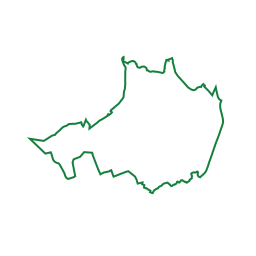 outline of Orizaba, Veracruz, Mexico, rotated 344°
{"feature_id": "50627088B96459936323530", "entity_name": "Orizaba", "entity_type": "district", "adm_level": 2, "iso_a3": "MEX", "parent_name": "Mexico", "parent_adm1": "Veracruz", "projection": "natural_earth1", "projection_center": [-97.104, 18.859], "detail": "fine", "context": "isolated", "style": "outline", "palette": "green", "viewbox_px": 256, "rotation_deg": 344, "n_neighbors": 0, "source": "geoboundaries", "source_scale": "gbopen_adm2", "svg_char_len": 5763}
<svg xmlns="http://www.w3.org/2000/svg" viewBox="0 0 256 256"><g transform="rotate(344 128 128)"><path d="M143.3,58.6L142.7,58.7L142.4,58.9L142.1,59.1L141.7,59.5L141.3,60.3L141.2,60.8L141.2,61.6L141.4,64.8L141.6,66.7L142.0,67.6L142.3,68.8L142.3,69.3L142.2,70.0L141.9,70.7L141.5,71.7L141.1,72.6L140.5,74.5L140.1,75.9L139.3,78.6L138.8,80.2L138.5,81.2L137.9,83.6L137.4,85.3L137.0,86.3L136.3,88.1L135.9,89.2L135.4,90.1L134.4,91.6L133.9,92.6L133.3,94.2L132.6,96.1L132.4,96.6L131.8,97.6L131.3,98.0L129.4,99.4L128.6,100.0L125.9,102.0L122.4,103.6L120.7,104.3L120.4,104.5L116.5,106.2L116.4,106.3L116.4,106.6L116.0,107.0L116.3,107.3L116.9,108.5L114.9,109.7L113.5,110.0L113.4,110.1L113.2,109.9L112.8,109.3L111.9,110.1L112.0,110.6L111.6,110.7L110.2,111.1L108.6,111.6L106.7,112.1L106.3,112.2L106.0,112.3L105.9,112.3L105.6,112.4L105.3,112.5L105.2,112.5L104.9,112.6L104.6,112.7L103.1,112.9L99.3,114.6L90.8,117.9L92.1,114.4L91.8,114.0L91.2,112.4L90.8,111.2L90.0,110.2L89.8,108.5L87.2,111.9L86.2,113.4L85.3,114.2L84.8,112.8L84.5,111.3L84.5,111.2L84.7,110.8L84.7,110.1L84.5,109.5L83.9,109.7L81.7,109.5L79.1,109.5L78.6,109.4L78.1,109.3L76.3,108.8L72.3,107.9L69.9,108.8L67.6,108.9L65.5,109.3L64.8,109.7L60.9,111.7L56.9,113.6L56.3,114.4L55.5,114.4L52.9,114.4L43.5,117.2L30.7,111.3L41.5,129.8L47.1,130.1L47.3,134.3L47.2,137.6L48.1,140.0L49.7,141.7L51.6,142.9L52.3,144.5L52.9,147.1L53.4,149.3L53.8,151.0L54.5,154.9L54.4,156.6L55.0,159.0L56.5,160.5L62.7,160.3L63.8,159.6L64.0,159.6L65.2,145.9L67.1,143.1L74.0,142.5L79.2,139.1L86.7,141.9L86.7,142.2L86.8,142.7L86.8,143.0L86.8,143.4L86.7,143.6L86.6,143.8L86.6,144.0L86.9,147.5L87.2,151.3L87.8,157.6L87.9,159.4L88.2,161.4L88.7,164.5L88.7,164.9L92.6,164.1L96.1,164.4L99.0,164.5L99.1,164.4L99.2,164.1L99.5,164.1L100.3,164.0L100.5,168.2L100.6,169.5L100.7,170.8L102.2,170.6L103.0,170.6L104.0,170.5L105.3,170.4L107.5,170.1L109.0,170.0L109.7,170.0L112.2,169.7L112.8,169.7L113.5,169.6L114.0,169.6L114.8,169.6L116.4,169.6L121.5,176.8L121.5,177.2L121.6,178.2L122.0,179.9L122.0,184.1L124.5,184.2L127.0,184.3L126.8,184.8L126.1,186.0L128.0,187.4L127.7,188.1L126.9,189.6L128.8,191.0L129.0,190.9L130.7,193.0L132.3,194.5L131.5,195.8L132.5,196.6L133.7,197.4L134.5,196.5L135.0,196.2L135.4,195.6L135.7,195.3L136.1,195.1L136.5,195.0L136.9,194.9L137.5,194.6L138.1,194.4L138.4,194.3L139.6,194.3L140.2,194.3L140.4,194.2L140.7,193.7L141.1,193.4L141.4,193.2L142.1,193.0L142.8,192.9L143.6,192.9L144.0,192.8L144.4,192.6L145.1,192.2L145.9,191.8L146.4,191.5L146.8,191.3L148.1,191.3L148.9,191.4L149.3,191.3L150.1,191.3L150.5,191.3L150.9,191.4L151.1,191.6L151.3,192.1L151.6,192.5L151.9,192.7L152.1,193.0L152.2,193.4L152.4,193.6L152.6,193.8L152.8,194.0L152.9,194.3L152.9,194.6L152.9,194.8L153.0,195.0L153.2,195.3L153.4,195.5L153.6,195.7L153.9,195.8L154.1,195.8L154.4,195.7L154.6,195.7L155.0,195.6L155.3,195.5L155.5,195.4L155.9,195.1L156.0,195.1L156.3,195.1L156.5,195.3L156.9,195.2L157.2,195.1L157.5,195.2L157.8,195.2L158.0,195.0L158.3,195.0L158.7,194.9L159.1,194.8L159.4,194.5L159.6,194.3L159.9,194.0L160.1,193.6L160.3,193.4L160.5,193.2L160.9,193.1L161.1,193.3L161.3,193.7L161.4,194.0L161.8,194.4L162.0,194.5L162.3,194.6L162.6,194.5L162.8,194.4L163.1,194.1L163.5,193.8L163.8,193.6L164.2,193.4L164.5,193.2L164.8,192.9L165.0,193.0L165.4,193.1L165.7,193.1L165.9,193.3L166.1,193.5L166.3,193.7L166.4,193.9L166.5,194.1L166.9,194.5L167.2,194.8L167.5,195.2L167.8,195.5L168.1,195.6L168.5,195.5L168.8,195.7L168.9,196.1L169.2,196.7L169.3,196.8L169.5,196.8L170.4,196.5L170.8,196.3L171.1,196.2L171.6,196.1L171.9,195.8L172.2,195.7L172.4,195.8L172.6,195.7L172.8,195.3L173.0,195.0L173.2,194.7L173.4,194.6L173.6,194.5L174.0,194.4L174.8,194.2L175.4,194.0L175.6,193.6L175.7,193.0L175.9,192.5L176.1,192.2L176.3,191.8L176.3,191.4L176.1,191.1L176.1,190.7L176.1,190.4L176.1,189.9L176.2,189.6L176.2,189.3L176.8,189.1L177.2,188.9L177.6,188.8L178.2,188.8L178.6,188.8L179.0,188.8L180.0,189.2L180.5,189.4L181.1,189.4L181.4,189.3L181.8,189.1L182.2,189.0L182.6,189.0L183.0,189.3L183.0,189.8L182.9,190.3L182.6,190.8L182.1,192.2L182.1,193.0L182.3,193.8L182.6,194.3L182.8,194.4L183.1,194.6L183.3,194.7L183.5,194.9L183.7,195.2L186.8,193.7L189.1,192.5L189.8,192.0L190.4,191.6L191.4,190.7L192.0,189.8L193.6,187.7L194.9,185.9L197.0,182.7L198.5,180.7L200.1,178.4L201.0,177.2L201.2,176.9L201.8,176.0L205.6,170.5L206.0,170.0L207.0,168.6L208.2,166.8L209.8,164.7L212.3,161.4L214.6,158.2L215.4,157.0L217.3,154.3L219.3,151.5L220.5,149.6L221.1,148.4L221.6,146.0L221.8,143.6L221.9,141.1L222.0,138.2L222.1,135.7L222.3,134.0L222.4,133.3L222.9,131.4L223.3,130.3L223.7,129.5L224.8,128.0L225.3,127.3L224.9,127.1L224.5,126.7L223.9,125.8L223.5,125.1L223.3,124.4L223.1,123.6L223.0,122.7L223.3,116.1L223.6,113.0L220.3,116.9L218.0,119.8L217.0,117.5L216.1,115.5L215.3,113.9L212.7,109.2L213.6,108.6L212.5,106.5L210.8,107.4L209.5,108.7L209.3,108.5L207.8,108.2L206.5,108.3L205.6,108.4L204.8,109.0L204.0,109.5L202.2,109.8L201.2,109.7L199.3,108.3L196.9,105.5L194.5,100.4L190.1,91.4L188.8,87.2L189.0,84.8L189.2,77.1L189.7,75.2L189.6,73.0L188.8,73.1L188.0,73.2L187.8,73.2L187.2,73.3L186.3,73.3L185.5,73.5L185.5,74.3L184.5,73.7L184.1,73.1L183.4,73.3L183.4,74.1L182.3,75.2L181.7,76.1L181.4,76.8L180.6,78.4L180.3,79.0L179.9,79.6L179.9,80.7L179.6,80.8L178.5,83.0L178.5,83.8L178.0,84.1L176.5,84.7L172.6,82.6L171.3,81.9L169.9,81.5L167.7,80.4L165.7,80.2L164.9,80.1L164.1,79.5L163.1,78.4L162.6,77.7L162.1,77.7L162.2,75.3L161.3,74.3L160.9,73.6L158.8,72.9L156.5,73.1L156.4,73.3L155.7,73.3L155.4,73.2L154.2,72.3L154.0,72.1L153.8,71.7L153.8,69.0L153.5,69.0L153.2,66.9L152.2,65.5L151.1,65.1L151.1,64.9L150.8,64.8L149.4,64.7L148.0,65.1L146.9,65.1L146.3,65.3L145.7,65.9L145.6,65.7L145.0,65.3L144.7,65.0L143.8,64.2L142.3,63.0L142.0,62.6L142.0,61.4L142.2,61.2L142.6,60.8L142.9,60.0L143.3,58.6Z" fill="none" stroke="#15803d" stroke-width="2"/></g></svg>